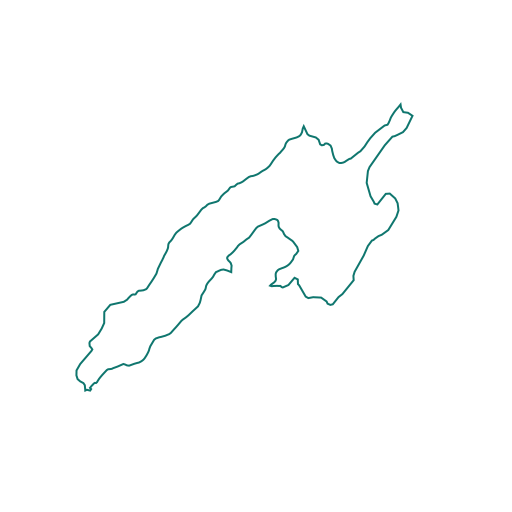 Mazatenango, Suchitepéquez, Guatemala (orthographic projection), rotated 33°
{"feature_id": "79465075B41985315945162", "entity_name": "Mazatenango", "entity_type": "district", "adm_level": 2, "iso_a3": "GTM", "parent_name": "Guatemala", "parent_adm1": "Suchitepéquez", "projection": "orthographic", "projection_center": [-91.525, 14.505], "detail": "fine", "context": "isolated", "style": "outline", "palette": "teal", "viewbox_px": 512, "rotation_deg": 33, "n_neighbors": 0, "source": "geoboundaries", "source_scale": "gbopen_adm2", "svg_char_len": 5130}
<svg xmlns="http://www.w3.org/2000/svg" viewBox="0 0 512 512"><g transform="rotate(33 256 256)"><path d="M186.1,461.8L187.0,460.3L188.5,459.8L190.2,459.2L190.2,457.4L188.6,457.0L188.9,454.3L189.2,452.9L189.4,451.5L189.9,450.2L191.0,449.7L191.4,448.3L191.3,447.2L191.3,444.4L191.5,442.2L191.8,439.8L192.3,436.8L193.0,432.9L193.7,431.5L195.0,430.5L196.5,429.2L197.4,427.7L198.4,426.4L200.2,424.0L203.6,418.8L205.3,418.3L207.4,418.0L209.3,417.1L212.7,412.6L214.7,410.3L215.8,409.2L216.9,407.3L217.4,406.2L217.8,405.1L218.1,404.0L218.3,402.4L218.3,400.3L218.3,399.1L218.1,396.5L217.9,394.9L217.6,393.3L217.1,391.9L216.5,389.2L216.2,381.7L216.9,379.7L218.0,378.3L219.0,377.0L220.6,375.4L223.4,372.2L224.6,370.4L225.7,368.9L226.1,367.9L226.5,366.8L226.8,364.7L227.2,362.0L227.4,360.9L227.7,359.1L227.9,357.7L228.1,356.3L228.4,353.9L228.6,352.2L228.8,350.8L229.4,348.8L230.0,347.4L230.8,345.3L231.7,342.4L232.4,339.4L233.1,336.4L234.8,329.8L234.6,328.1L234.5,326.9L234.3,325.6L233.5,323.1L231.8,318.7L231.8,316.8L231.8,314.9L231.7,311.7L231.3,310.3L230.5,308.3L230.3,307.1L230.2,305.7L230.3,303.8L230.5,302.3L231.1,299.0L231.3,296.8L231.1,294.2L231.2,291.3L231.9,290.3L233.2,288.2L234.3,286.6L236.1,285.0L239.6,283.9L244.0,283.0L241.9,279.5L240.8,277.4L238.7,275.7L237.2,275.2L235.5,274.9L234.2,274.4L233.2,273.8L232.6,272.8L232.9,270.4L233.7,268.6L234.5,265.6L234.9,263.4L235.4,259.0L235.4,257.5L235.9,255.2L236.6,253.6L237.6,251.4L238.0,250.3L238.7,248.0L239.1,246.9L240.2,244.4L240.5,240.9L240.8,235.1L241.0,232.4L241.6,230.3L244.5,225.9L245.9,223.6L248.0,219.1L249.8,216.0L251.3,214.9L253.0,214.4L254.3,214.2L255.5,214.7L256.9,215.9L257.6,217.1L258.3,218.2L259.1,219.1L260.9,220.1L262.8,220.4L264.7,220.6L265.9,221.2L267.5,222.3L270.0,223.3L272.5,223.3L274.9,223.4L278.1,223.5L279.5,223.8L285.7,226.1L288.7,228.7L288.6,232.3L288.1,234.1L288.0,235.3L288.5,237.2L288.9,238.7L288.7,242.6L288.5,244.0L288.2,245.3L287.6,247.0L286.6,249.0L285.4,250.8L284.3,252.2L283.4,253.5L282.7,254.4L282.0,256.1L281.8,258.8L282.3,260.4L283.6,262.3L284.6,263.5L285.4,264.4L285.9,266.1L285.6,268.2L284.9,270.0L284.2,271.9L284.0,273.2L285.6,272.8L287.2,271.5L289.3,270.0L292.8,267.8L294.4,268.1L295.6,267.8L299.0,262.7L300.2,253.3L303.8,252.9L306.5,256.7L308.2,257.1L319.8,263.0L322.8,262.8L326.4,259.4L333.3,255.4L340.0,255.7L342.0,257.0L345.0,256.5L346.7,254.7L347.6,245.5L349.2,240.9L351.1,223.1L348.5,219.6L347.3,215.5L346.1,197.0L344.4,186.7L344.8,179.9L345.8,178.6L346.3,176.6L347.9,172.6L349.9,169.7L352.8,162.2L352.4,146.7L350.7,140.2L348.4,137.4L346.0,134.6L341.4,131.9L334.2,130.8L331.0,133.2L329.7,146.7L326.9,147.5L325.3,146.4L319.5,143.5L309.0,134.4L303.6,123.8L302.8,119.6L303.7,93.0L305.4,81.6L307.0,80.0L308.6,77.5L311.8,72.1L312.6,66.6L310.9,53.2L305.5,53.1L301.2,55.1L296.9,52.7L294.7,50.2L294.4,53.3L293.9,56.7L293.7,58.5L293.6,60.2L293.6,62.0L293.6,64.1L293.7,66.3L293.9,67.4L294.3,69.2L294.5,70.6L294.8,72.6L294.8,74.3L292.8,76.5L288.8,87.7L287.7,94.8L287.4,99.7L287.4,105.1L286.5,111.3L285.4,113.7L282.4,122.8L281.5,123.6L280.8,125.0L279.8,127.2L279.1,128.9L278.2,130.2L276.7,131.7L275.2,132.6L272.8,132.8L271.2,132.5L268.4,131.3L265.8,129.3L262.8,126.5L261.1,124.6L258.4,122.8L255.4,122.7L254.0,123.1L252.8,124.0L252.4,125.9L250.9,127.3L249.0,127.4L245.2,124.4L241.6,124.0L235.2,126.0L232.8,125.8L225.4,121.2L225.8,123.6L226.7,125.9L227.2,127.2L227.4,129.0L227.4,130.6L227.0,131.9L226.4,133.0L225.6,134.3L224.7,135.4L222.5,137.9L220.6,140.2L220.1,141.3L219.8,143.3L219.7,144.6L219.9,146.2L220.6,148.5L220.7,150.3L220.6,151.5L220.4,153.0L220.1,154.9L220.0,156.2L219.5,158.0L219.1,160.2L218.7,162.7L218.4,166.7L218.4,169.2L218.4,170.9L218.3,173.1L217.6,175.9L216.9,177.9L215.9,179.8L215.3,180.8L214.6,182.3L214.2,183.3L213.3,185.6L212.5,187.0L211.3,188.7L210.3,190.0L209.2,191.1L208.3,191.8L207.0,193.6L206.0,196.2L205.5,197.6L204.5,200.5L203.7,202.1L202.4,204.1L201.2,205.3L200.6,207.1L200.1,209.2L198.8,210.5L197.5,211.7L197.0,212.8L196.9,214.7L196.8,216.4L196.2,218.2L195.4,220.4L195.0,221.9L194.7,223.5L194.4,225.0L194.5,229.0L194.3,230.5L193.0,232.4L188.3,237.6L187.3,239.5L186.9,241.6L186.2,243.4L185.4,244.8L184.9,247.0L184.6,251.7L184.4,254.2L184.0,256.2L183.6,257.7L183.2,259.6L183.2,261.9L183.2,263.4L183.1,264.9L182.2,266.8L181.2,268.4L180.4,269.8L179.4,271.7L178.5,273.6L177.9,275.3L177.1,277.7L176.5,279.8L176.3,282.4L176.5,286.1L176.5,288.0L176.3,290.0L175.9,291.8L176.0,293.4L176.4,294.5L177.5,296.5L178.0,297.9L178.5,300.6L178.7,302.9L178.8,304.8L178.9,306.2L179.2,307.4L179.4,309.2L179.6,310.5L179.8,313.1L180.7,320.2L181.3,322.2L182.1,325.0L182.3,330.2L182.3,332.5L182.3,334.5L182.2,338.0L182.2,339.6L182.2,340.9L182.2,342.5L181.9,343.7L181.0,345.0L180.2,346.1L178.2,347.8L176.7,348.9L176.0,350.3L175.9,351.9L175.9,353.7L175.0,354.6L173.9,355.1L173.0,356.3L172.6,357.6L172.3,358.9L171.9,361.0L171.7,362.8L170.1,366.4L160.4,376.3L159.2,385.5L163.6,392.4L165.2,394.9L166.1,400.9L166.3,407.7L163.3,418.2L163.7,419.7L165.6,422.1L168.0,422.8L169.6,423.5L169.7,425.2L167.4,442.3L167.8,449.7L170.4,453.9L173.4,456.4L176.8,456.9L180.5,456.6L182.8,457.6L186.1,461.8Z" fill="none" stroke="#0f766e" stroke-width="2"/></g></svg>